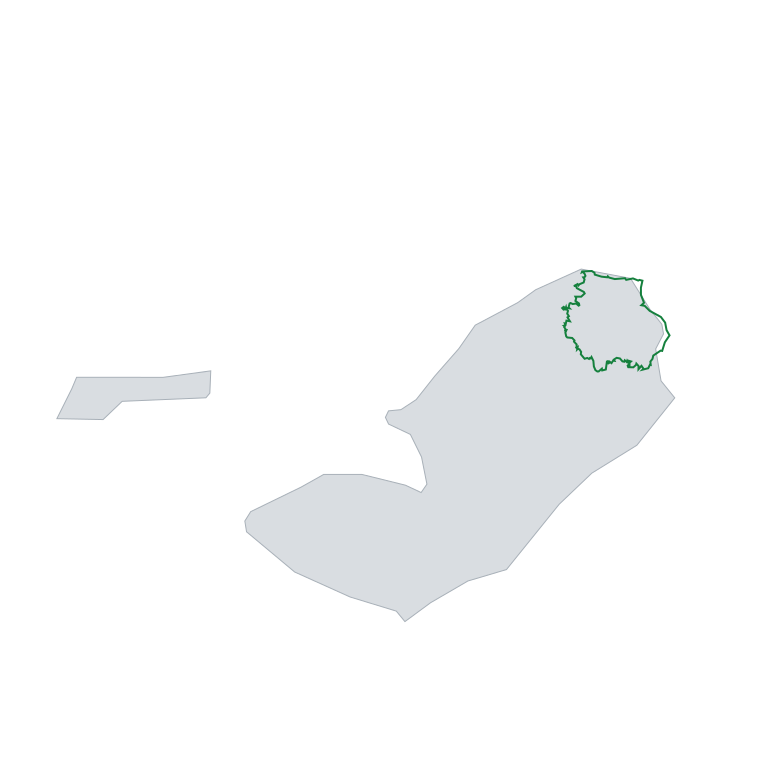 Jenin, West Bank, Palestine shown in context, rotated 45°
{"feature_id": "87354302B37411468451868", "entity_name": "Jenin", "entity_type": "district", "adm_level": 2, "iso_a3": "PSE", "parent_name": "Palestine", "parent_adm1": "West Bank", "projection": "mercator", "projection_center": [35.215, 32.426], "detail": "medium", "context": "in_parent", "style": "outline", "palette": "green", "viewbox_px": 768, "rotation_deg": 45, "n_neighbors": 0, "source": "geoboundaries", "source_scale": "gbopen_adm2", "svg_char_len": 2616}
<svg xmlns="http://www.w3.org/2000/svg" viewBox="0 0 768 768"><g transform="rotate(45 384 384)"><path d="M599.4,188.2L606.1,248.5L594.0,300.0L592.9,345.1L601.8,428.6L582.6,464.0L571.6,505.7L566.8,537.2L553.3,535.9L510.6,558.6L453.8,580.1L391.3,585.7L382.5,579.3L380.0,568.5L398.3,515.5L405.3,490.6L432.3,463.6L470.7,440.4L487.0,434.5L485.2,424.5L462.2,409.1L438.3,401.0L415.6,409.1L408.6,406.6L406.2,399.8L414.1,390.2L417.8,372.3L414.3,342.5L411.9,306.1L406.9,277.9L421.0,232.0L424.6,210.1L442.2,163.3L483.6,135.0L519.4,143.2L538.2,145.3L546.2,150.9L551.3,167.1L577.7,185.9L599.4,188.2ZM252.2,497.2L267.3,513.6L267.8,519.7L211.1,581.4L210.5,607.8L177.2,639.8L166.6,608.1L161.9,596.6L223.1,535.5L252.2,497.2Z" fill="#d9dde1" stroke="#a8b0b8" stroke-width="1"/><path d="M470.1,215.3L470.9,215.0L471.1,216.3L473.4,216.8L474.1,217.9L474.9,216.9L475.9,219.4L479.2,221.5L480.7,221.5L484.5,218.4L487.9,218.5L488.4,219.7L492.2,219.8L493.9,221.5L494.2,223.1L494.8,220.9L496.1,222.8L496.1,222.0L497.7,221.3L500.7,221.9L502.1,223.8L508.0,224.3L509.3,221.9L511.3,221.3L511.2,220.1L512.0,219.8L511.6,218.2L515.7,219.6L520.0,223.2L523.7,224.7L526.0,224.3L526.9,223.3L527.2,219.1L528.7,220.1L530.6,216.9L526.2,211.1L528.0,210.9L528.3,209.8L526.6,209.3L527.3,208.7L530.1,208.4L529.5,205.4L530.6,204.6L529.3,204.2L530.0,201.0L532.8,199.1L536.6,199.4L538.1,198.4L537.5,197.0L540.2,196.8L539.5,195.5L540.9,195.8L540.5,194.6L542.7,193.4L542.6,195.4L544.6,197.4L543.3,197.6L543.3,198.7L544.8,199.4L548.5,195.9L548.7,192.3L548.0,191.1L551.3,191.3L553.5,193.6L553.2,189.1L556.7,189.7L556.7,191.0L559.7,186.0L558.4,182.3L559.1,181.9L556.5,179.8L556.1,176.4L554.3,173.5L556.0,164.8L557.3,163.9L553.1,155.9L551.5,147.7L545.7,146.1L539.4,141.8L532.4,140.8L520.2,144.4L513.1,144.4L510.3,146.3L510.4,142.7L502.7,139.3L497.6,134.3L493.7,128.2L491.0,129.8L490.6,131.1L485.4,133.3L481.6,139.1L479.6,138.8L473.0,146.6L467.9,149.6L466.1,149.6L466.4,150.7L461.9,154.3L455.7,157.6L454.2,156.5L451.0,157.2L444.5,164.3L444.9,165.1L445.2,164.2L447.8,164.2L450.0,165.1L450.3,166.7L449.5,167.7L451.8,168.2L453.4,171.0L451.7,175.2L451.8,177.0L450.2,176.5L449.0,180.5L450.3,178.9L452.6,179.9L460.3,177.6L461.9,178.1L461.7,182.8L457.6,186.9L459.2,187.4L460.6,189.9L464.9,189.2L466.4,190.2L466.2,191.0L463.0,191.2L460.9,194.0L458.7,194.8L458.3,195.8L460.3,199.3L461.7,199.3L459.0,201.4L458.4,201.0L458.9,202.1L456.5,202.4L456.3,204.3L458.1,204.4L458.0,203.0L459.4,203.3L460.1,202.0L462.4,202.2L463.8,204.7L466.8,205.3L466.6,207.1L471.1,208.2L468.2,210.2L469.9,212.8L469.0,213.3L470.6,214.1L470.1,215.3Z" fill="none" stroke="#15803d" stroke-width="2"/></g></svg>